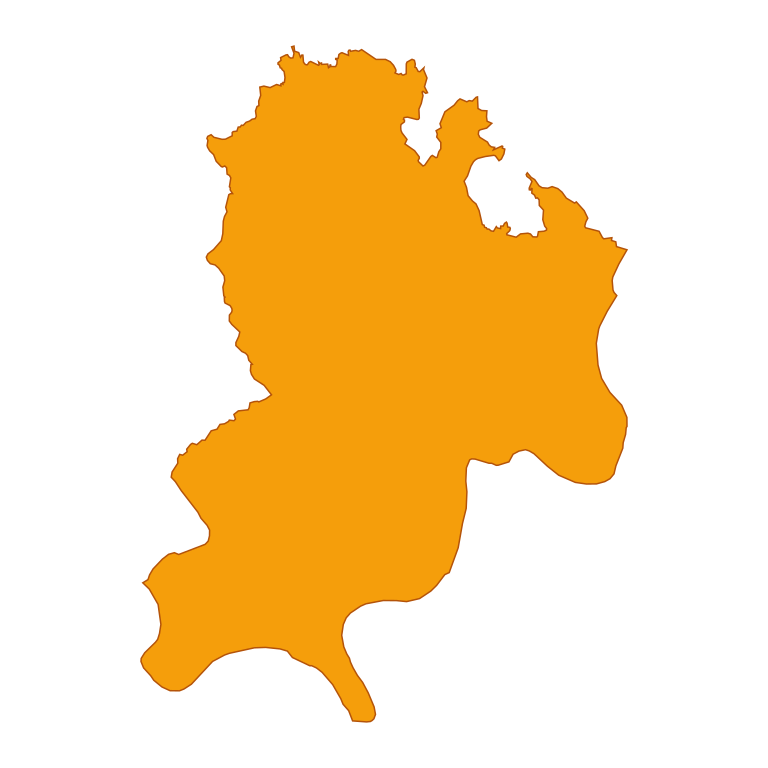 the district of Narayanganj, Dhaka, Bangladesh
{"feature_id": "16705992B28796010313895", "entity_name": "Narayanganj", "entity_type": "district", "adm_level": 2, "iso_a3": "BGD", "parent_name": "Bangladesh", "parent_adm1": "Dhaka", "projection": "natural_earth1", "projection_center": [90.594, 23.715], "detail": "fine", "context": "isolated", "style": "filled", "palette": "amber", "viewbox_px": 768, "rotation_deg": 0, "n_neighbors": 0, "source": "geoboundaries", "source_scale": "gbopen_adm2", "svg_char_len": 6030}
<svg xmlns="http://www.w3.org/2000/svg" viewBox="0 0 768 768"><path d="M616.8,295.6L614.0,292.4L613.0,290.0L612.2,280.6L612.8,277.0L618.9,263.9L627.0,249.8L616.5,246.6L615.8,241.8L611.5,240.5L611.9,237.7L603.8,238.8L602.4,237.5L599.1,231.3L585.6,227.8L584.7,226.3L585.9,221.8L587.8,218.2L584.2,210.7L576.3,201.9L574.6,203.1L566.3,198.1L562.0,192.1L557.8,188.6L552.1,186.6L547.9,188.2L542.1,187.7L539.0,185.8L534.7,179.6L531.2,177.4L527.3,172.8L526.2,174.5L526.9,176.4L530.0,178.7L532.0,181.4L529.2,188.1L529.3,189.8L530.4,190.0L531.2,188.4L532.0,188.6L531.8,193.1L534.5,195.1L535.8,198.2L537.5,197.9L539.1,199.8L539.3,205.5L543.5,210.1L542.8,219.7L544.7,226.1L546.6,228.5L546.5,230.1L544.2,231.2L538.4,231.7L537.5,236.3L536.8,237.0L532.8,236.8L530.5,234.0L527.9,233.2L520.5,233.9L516.2,237.2L506.9,234.8L506.7,233.6L509.8,230.6L510.3,228.5L509.9,227.4L507.7,227.0L507.1,223.2L506.4,222.1L504.5,223.4L503.3,226.0L500.7,226.1L500.6,228.6L497.4,228.0L496.3,226.6L493.5,231.3L491.1,230.9L488.9,229.1L487.2,229.1L486.3,227.7L484.6,227.3L484.1,225.2L482.3,224.6L479.1,210.6L476.0,203.9L472.5,201.0L468.1,195.7L466.5,187.4L464.1,181.2L467.5,175.9L470.9,166.2L473.5,161.7L475.4,159.8L477.8,158.4L485.3,156.5L493.7,155.3L495.4,155.8L499.0,160.7L501.4,159.0L503.9,153.9L504.8,149.1L502.3,148.1L502.7,146.4L502.0,146.0L493.4,149.9L494.7,147.4L491.2,146.8L489.1,145.0L487.5,142.1L479.8,137.3L478.3,134.3L478.7,131.0L480.2,129.8L486.7,128.1L491.8,123.3L487.1,121.2L486.5,116.7L486.9,110.8L481.6,110.5L478.0,108.5L477.5,96.9L476.1,97.3L472.3,101.1L469.2,100.6L466.8,101.8L460.0,98.9L457.6,100.8L454.1,105.2L444.9,111.8L440.0,123.7L441.3,127.7L436.1,130.7L437.3,134.1L436.7,137.0L440.8,142.4L440.8,148.8L438.8,151.8L437.2,157.2L436.0,157.7L432.3,155.4L430.8,156.5L424.8,165.1L423.0,166.0L418.5,161.7L418.1,160.5L419.3,158.3L419.2,156.8L414.6,150.7L404.9,143.9L407.0,139.4L402.0,132.9L400.9,130.2L400.7,126.8L401.0,124.5L404.4,121.9L404.5,120.1L403.4,119.3L404.1,117.6L407.4,117.1L416.9,119.5L418.4,119.3L419.3,118.0L418.9,109.2L421.3,103.4L423.0,95.7L422.1,92.1L423.0,91.3L425.7,93.3L427.5,92.7L424.5,86.7L427.0,78.0L423.5,69.5L423.9,67.8L419.8,71.7L418.2,71.4L416.2,67.7L414.9,67.2L415.3,64.1L414.4,60.3L412.0,59.3L407.0,62.1L406.3,63.9L406.2,73.8L403.3,75.1L402.2,74.9L401.1,73.5L398.7,74.5L395.0,72.9L396.0,71.0L395.7,69.4L393.5,65.3L390.2,61.7L385.5,59.4L376.0,59.4L361.6,49.6L358.7,51.3L355.6,50.4L350.6,51.3L350.1,50.1L349.0,50.2L348.2,51.4L348.5,55.4L342.0,52.7L340.6,53.2L338.9,54.5L338.2,58.4L335.7,58.5L335.7,59.4L337.2,60.1L336.9,64.0L335.6,66.6L331.0,66.5L330.6,64.9L329.9,65.1L329.9,66.8L328.5,67.7L327.7,64.1L321.6,64.4L321.5,63.0L320.2,63.4L318.6,62.0L319.2,64.7L318.5,65.3L310.7,61.5L309.1,62.2L307.4,64.7L306.3,64.8L305.0,64.2L303.5,62.2L302.9,55.1L301.9,55.0L300.5,57.3L298.7,52.6L294.6,51.2L294.0,46.1L291.6,46.8L294.0,53.3L293.0,57.8L290.7,58.1L288.8,56.8L287.5,54.7L286.0,54.9L280.6,57.6L281.0,60.4L278.0,62.8L278.0,64.2L279.4,65.1L280.2,67.8L281.6,68.3L282.0,69.5L284.1,71.5L285.0,77.6L284.4,82.4L282.9,82.5L283.0,84.2L281.8,83.5L280.8,84.0L280.9,85.8L276.6,84.5L270.1,87.6L263.9,86.1L259.8,87.1L260.7,95.4L258.7,101.1L258.9,105.6L257.0,106.5L255.5,110.9L256.3,116.4L255.1,118.7L252.1,119.2L249.5,121.1L246.1,122.3L243.2,125.4L241.4,125.2L240.3,126.9L238.2,127.1L236.9,131.1L233.2,131.6L232.2,132.5L232.2,135.8L225.4,139.2L222.0,139.3L213.9,137.3L211.1,134.7L207.7,136.4L206.9,138.4L207.9,140.4L207.1,145.5L207.6,147.3L209.7,150.9L213.6,154.6L216.2,161.3L221.2,166.5L222.4,167.0L224.8,166.0L226.6,167.7L227.1,174.1L229.5,175.5L230.8,177.9L229.4,186.8L230.3,187.7L230.2,189.9L232.6,193.6L230.4,193.7L228.8,194.7L226.1,205.7L225.7,207.3L227.0,211.8L224.5,216.5L223.3,221.1L222.8,233.7L221.3,240.7L213.5,249.6L208.0,253.8L206.3,257.1L207.4,260.4L210.3,263.7L215.0,264.9L218.7,268.2L224.2,276.0L224.7,280.7L222.9,287.1L223.8,295.9L225.0,297.1L224.3,297.6L224.5,301.6L225.1,303.1L230.1,305.6L231.8,308.4L232.1,310.2L231.7,312.1L229.4,315.1L229.3,321.0L231.8,324.4L239.8,332.0L238.8,336.3L235.9,342.6L235.9,345.6L241.9,351.5L245.5,353.2L247.7,355.6L248.8,360.3L252.3,364.3L250.9,364.6L250.4,370.7L251.5,374.4L254.4,379.0L264.1,385.3L271.5,394.8L265.6,399.0L258.8,401.9L257.7,401.3L254.3,401.6L250.0,402.9L249.2,407.7L248.1,409.8L238.3,410.9L233.9,414.4L235.5,419.1L234.0,420.7L229.3,420.1L228.6,421.4L224.5,423.8L220.0,424.4L217.0,429.2L211.2,430.8L205.0,440.3L202.0,440.1L196.8,444.7L192.3,443.3L190.6,444.4L186.7,449.2L187.1,451.7L182.7,455.2L179.7,454.4L177.6,458.7L177.8,463.2L172.1,472.0L171.2,477.2L175.4,481.7L181.3,490.7L197.9,512.2L201.0,518.3L207.1,525.3L209.6,530.1L209.5,535.9L208.2,541.1L205.2,544.3L178.7,554.5L174.4,552.7L168.6,554.3L162.4,559.1L153.1,568.9L149.6,574.8L148.0,579.6L142.8,582.8L149.3,589.1L158.1,604.4L160.9,624.4L159.5,633.5L157.7,639.3L155.5,642.2L144.7,652.8L141.2,658.4L141.0,661.5L143.6,667.9L150.7,675.7L153.8,680.3L162.0,687.0L170.1,690.7L179.5,690.8L184.0,689.0L191.4,684.2L212.6,661.4L224.6,655.0L229.4,653.3L254.4,647.8L265.6,647.4L280.0,648.9L287.4,651.1L292.4,657.5L309.7,665.7L311.7,665.7L316.4,667.9L322.1,672.3L332.7,684.6L340.8,698.7L343.1,704.3L348.7,710.7L352.6,720.9L366.5,721.9L370.4,721.5L372.1,720.5L373.9,718.8L375.5,714.4L374.1,706.9L368.2,692.8L362.7,682.5L357.4,675.4L353.0,667.7L350.5,662.2L349.4,658.2L346.8,654.0L343.8,646.9L341.7,635.3L343.3,624.5L346.2,617.8L350.4,613.0L360.5,606.2L365.9,603.8L383.3,600.5L396.5,600.6L406.6,601.6L419.5,598.6L430.9,591.0L436.6,585.4L444.8,574.6L449.2,572.6L458.2,547.7L462.5,523.4L466.2,508.4L466.9,491.8L465.8,481.1L466.4,467.8L469.7,459.8L471.7,458.9L475.2,459.1L488.8,463.2L491.8,463.3L496.2,465.3L498.2,465.2L508.9,461.9L513.1,454.2L518.9,451.1L525.5,449.7L529.2,450.9L534.0,453.7L547.4,466.2L558.7,475.2L575.3,482.4L586.4,484.0L596.5,483.9L604.8,481.6L610.0,478.7L614.0,473.9L615.9,465.8L622.8,448.2L623.2,442.7L625.6,434.4L626.2,427.7L627.0,426.4L626.9,417.4L621.7,405.2L609.9,392.4L601.6,378.4L598.0,365.0L596.3,343.3L598.7,329.0L599.8,325.9L607.2,311.3L616.8,295.6Z" fill="#f59e0b" stroke="#b45309" stroke-width="1.5"/></svg>